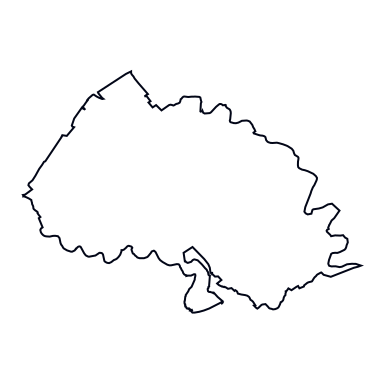 the district of Pantelimon, Ilfov, Romania
{"feature_id": "2599482B87197553509552", "entity_name": "Pantelimon", "entity_type": "district", "adm_level": 2, "iso_a3": "ROU", "parent_name": "Romania", "parent_adm1": "Ilfov", "projection": "robinson", "projection_center": [26.262, 44.455], "detail": "fine", "context": "isolated", "style": "outline", "palette": "ink", "viewbox_px": 384, "rotation_deg": 0, "n_neighbors": 0, "source": "geoboundaries", "source_scale": "gbopen_adm2", "svg_char_len": 6000}
<svg xmlns="http://www.w3.org/2000/svg" viewBox="0 0 384 384"><path d="M361.0,265.6L355.8,263.9L351.8,263.8L347.0,264.3L341.9,266.7L339.6,267.1L335.6,266.3L331.4,266.4L329.2,265.8L328.5,264.4L328.3,263.5L329.0,260.0L331.2,253.9L332.5,253.1L335.0,252.8L337.5,252.9L340.0,252.0L344.5,249.8L345.6,248.6L346.3,246.8L346.6,245.3L347.8,242.4L347.3,238.8L345.1,237.6L343.1,235.2L340.3,235.6L335.1,235.4L331.1,236.2L330.3,234.9L327.0,231.8L326.6,230.8L327.2,229.7L328.7,229.1L328.7,228.8L328.2,227.5L328.9,226.0L329.1,225.1L329.3,225.0L331.6,220.5L334.2,218.2L339.5,210.6L332.0,203.7L328.0,204.4L322.7,207.4L318.9,208.5L313.3,209.3L312.4,210.0L311.4,213.7L307.7,214.4L305.7,213.4L304.4,211.7L305.3,207.1L310.6,193.5L311.3,191.1L312.9,187.3L314.3,185.2L316.3,180.9L316.8,179.6L317.0,177.9L315.9,176.1L313.3,173.8L307.8,171.2L304.8,170.2L302.0,169.6L299.2,168.2L298.2,167.1L297.9,165.1L298.0,161.5L298.5,158.7L298.4,157.5L297.9,156.8L294.8,154.9L294.0,153.1L293.3,150.7L291.7,148.7L287.6,146.1L286.2,145.5L283.0,144.3L279.1,143.2L276.9,142.7L272.5,143.0L270.6,142.9L268.6,142.3L267.6,141.8L266.2,140.2L265.4,137.1L264.5,136.3L262.8,135.7L260.0,135.4L258.0,134.8L253.8,133.4L253.5,132.6L254.3,132.2L254.8,131.4L255.3,131.2L254.4,129.1L253.2,127.2L252.3,124.9L249.7,121.5L247.7,120.7L246.5,120.5L241.9,120.8L238.4,122.6L236.0,123.2L233.8,123.1L230.6,122.2L230.1,121.7L229.8,120.6L230.2,119.1L230.8,113.1L230.6,111.3L229.8,109.6L229.2,109.1L227.1,107.9L226.6,107.4L225.6,105.9L225.8,105.2L225.3,104.9L222.9,105.3L222.3,104.7L220.9,104.0L219.7,104.0L219.0,104.4L216.1,106.8L211.0,112.3L209.7,113.1L204.6,113.5L203.2,112.7L202.5,110.9L202.4,111.2L200.6,111.6L200.4,111.4L200.9,103.1L201.4,102.2L201.4,101.6L201.1,101.1L200.3,97.5L199.3,96.9L195.4,96.6L191.4,96.7L188.2,97.0L184.3,96.5L183.4,96.7L182.4,97.5L181.4,98.8L180.7,99.2L180.2,101.5L179.6,102.7L177.8,103.6L176.3,103.9L173.8,105.4L173.3,105.5L172.0,105.0L170.6,104.7L169.2,105.0L161.5,110.4L156.1,105.1L152.6,107.4L148.5,102.5L150.5,101.2L146.6,96.1L144.5,96.4L146.8,94.7L147.9,94.1L138.6,83.4L134.6,78.5L133.5,76.5L132.1,74.9L131.3,73.7L131.1,73.0L131.1,71.4L126.0,73.9L97.9,92.2L98.4,93.3L102.1,97.9L103.3,98.8L102.2,99.0L98.9,97.7L96.6,96.5L93.8,94.6L92.6,94.9L88.7,98.3L87.3,100.0L87.7,100.2L86.0,102.4L83.8,105.6L82.6,106.8L84.7,109.1L84.5,109.3L81.7,107.9L74.2,118.5L71.8,125.6L72.4,126.6L74.1,127.2L66.8,135.9L62.3,135.2L61.8,136.2L62.0,136.2L61.5,137.1L45.3,161.3L44.0,161.8L42.1,164.9L39.2,168.9L35.5,175.6L32.5,180.3L28.9,183.4L28.4,185.2L29.6,186.8L32.1,189.4L25.1,194.6L23.0,195.0L23.4,195.6L23.3,196.4L23.9,196.3L26.2,197.2L28.9,198.5L31.3,200.0L31.5,201.2L32.0,202.8L32.1,204.0L33.2,206.3L33.4,208.3L33.7,209.0L35.4,210.5L36.8,211.4L37.7,212.3L37.5,213.1L38.6,214.8L40.4,217.0L38.8,218.2L42.6,227.4L41.0,228.5L40.3,230.0L40.9,232.3L41.7,233.6L42.9,234.9L44.0,235.7L44.9,236.1L46.5,236.4L49.7,236.6L52.9,235.9L55.1,235.8L57.9,236.2L59.5,238.1L60.5,243.0L61.2,244.7L62.0,245.6L63.2,247.8L64.0,248.6L67.1,250.4L71.1,251.7L72.1,251.7L74.6,250.5L75.8,249.2L75.6,249.1L76.1,248.4L76.5,248.3L77.8,247.0L78.5,246.6L79.7,246.4L80.4,246.7L80.8,247.1L84.1,253.2L85.3,254.8L86.1,255.6L88.2,256.6L89.1,256.7L95.5,255.5L99.3,252.9L99.8,252.8L101.4,253.0L102.1,253.3L103.0,254.5L104.4,261.0L105.2,261.8L106.6,262.6L107.5,262.9L109.1,263.1L111.3,262.1L113.8,260.1L115.8,259.3L116.9,258.6L118.6,256.9L120.2,254.7L121.4,251.5L121.5,250.1L122.6,250.1L123.8,249.7L126.1,247.7L126.9,246.7L127.6,246.2L128.2,245.9L129.1,245.9L131.4,246.6L132.1,247.4L132.3,247.8L131.5,249.3L131.8,250.8L132.0,251.1L132.6,253.0L133.0,253.6L133.8,253.9L135.4,255.8L136.3,256.3L137.1,257.3L138.2,257.8L139.7,258.2L144.0,258.2L146.9,257.2L147.6,256.8L148.6,255.7L150.9,252.9L151.7,251.5L153.7,250.7L154.2,250.8L155.6,252.1L158.6,258.1L160.1,260.1L162.6,262.0L167.3,264.7L169.3,265.3L171.2,265.3L176.9,264.1L178.7,264.3L179.7,265.5L180.2,267.4L181.0,268.2L181.4,269.5L182.7,271.4L183.2,273.0L184.1,274.2L184.6,274.7L186.5,275.3L186.4,276.0L188.2,275.6L191.0,275.6L194.1,274.2L195.2,274.4L195.4,275.7L194.8,278.2L194.7,279.7L191.6,286.8L189.2,289.1L188.2,291.4L185.7,295.1L185.8,295.9L185.3,296.6L184.8,300.9L184.5,301.2L184.5,303.1L184.9,304.4L185.2,304.4L185.3,305.0L185.1,305.0L185.1,305.5L185.3,306.6L186.2,307.1L186.7,308.4L188.5,308.9L188.5,308.4L188.8,308.4L188.8,308.8L189.9,309.1L190.1,309.7L189.8,309.7L189.8,310.4L191.8,309.8L192.1,310.4L191.2,311.3L192.4,312.6L194.6,312.6L199.2,311.8L203.9,310.5L209.2,308.5L221.0,302.5L221.4,302.6L221.9,303.4L222.7,302.6L222.0,301.6L222.6,301.2L217.7,297.0L213.8,292.7L213.3,293.2L212.4,292.5L211.5,292.4L210.1,291.9L209.2,292.0L208.1,291.3L207.7,289.6L207.7,288.9L208.3,288.3L208.3,287.3L208.5,287.3L209.2,286.4L209.1,285.8L209.9,275.5L209.0,275.3L208.5,274.8L208.0,272.1L207.1,270.8L206.7,269.7L205.2,268.3L201.9,264.4L197.7,260.3L194.5,259.4L193.6,259.6L192.6,260.2L191.2,261.8L187.8,262.9L186.2,262.2L185.1,260.8L184.8,261.0L183.6,252.8L192.5,247.0L204.3,259.1L208.3,264.2L209.8,267.7L210.5,272.9L212.1,272.9L212.1,274.3L212.6,274.3L215.0,276.6L218.1,276.4L221.4,280.0L217.1,283.5L217.7,284.1L219.1,285.2L222.0,286.6L222.2,286.4L224.0,287.1L224.3,286.8L225.7,287.3L228.0,288.8L231.5,288.1L234.5,290.9L235.3,290.2L236.4,290.9L237.1,291.6L237.9,293.6L241.3,294.5L245.2,295.1L247.3,295.7L248.9,296.8L249.4,297.4L250.5,299.8L251.8,300.6L253.0,301.7L255.3,305.3L254.0,305.6L256.0,307.7L257.3,308.6L258.5,307.8L261.5,304.9L262.4,304.5L265.5,304.1L267.9,306.6L269.0,308.0L269.6,308.4L271.8,308.9L273.0,309.4L275.2,309.1L277.0,308.4L278.2,307.6L278.8,306.8L280.0,304.3L280.7,302.2L281.1,302.2L282.0,301.5L283.0,300.4L283.4,299.4L283.8,297.5L284.4,296.2L285.4,295.2L285.5,293.4L286.0,291.9L285.7,291.3L286.9,290.6L288.4,288.4L291.5,290.2L296.5,286.8L298.1,286.0L299.4,288.3L303.9,286.5L304.1,285.4L307.5,282.7L309.1,282.1L311.7,281.5L312.1,281.2L313.8,278.4L314.7,277.2L315.9,276.2L316.8,275.0L317.4,274.5L320.8,272.6L321.4,272.5L323.6,274.8L330.8,276.8L353.8,267.8L358.1,266.7L361.0,265.6Z" fill="none" stroke="#020617" stroke-width="2"/></svg>